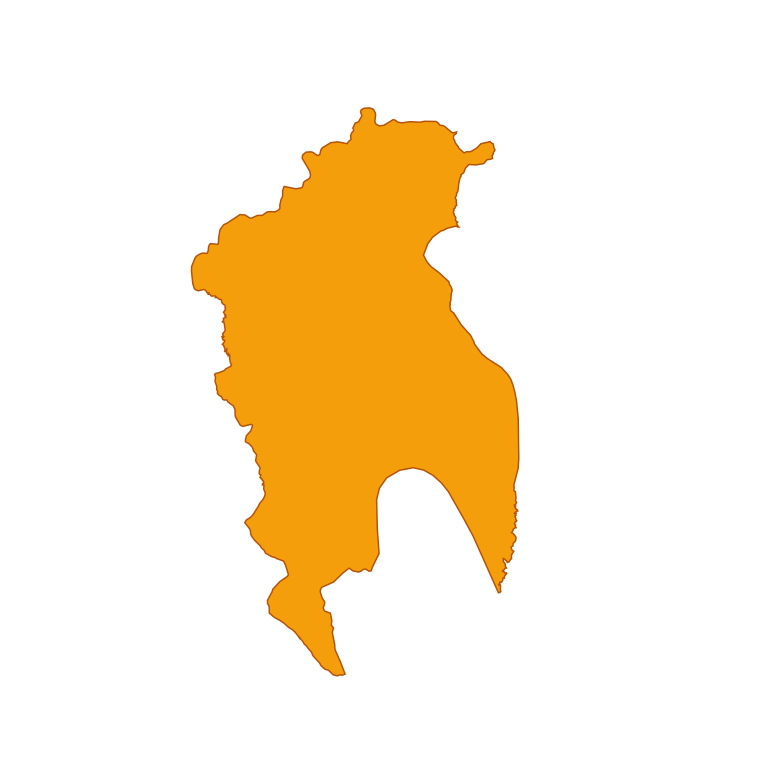 outline of Kasy, Vientiane, Laos, rotated 312°
{"feature_id": "54806243B33776683357165", "entity_name": "Kasy", "entity_type": "district", "adm_level": 2, "iso_a3": "LAO", "parent_name": "Laos", "parent_adm1": "Vientiane", "projection": "mercator", "projection_center": [102.146, 19.097], "detail": "fine", "context": "isolated", "style": "filled", "palette": "amber", "viewbox_px": 768, "rotation_deg": 312, "n_neighbors": 0, "source": "geoboundaries", "source_scale": "gbopen_adm2", "svg_char_len": 6171}
<svg xmlns="http://www.w3.org/2000/svg" viewBox="0 0 768 768"><g transform="rotate(312 384 384)"><path d="M418.6,534.2L447.9,507.1L460.1,493.8L465.6,486.5L469.8,480.0L472.4,475.0L473.9,469.3L474.8,460.3L472.1,444.0L471.8,436.6L474.2,424.6L475.6,422.3L478.1,415.8L479.5,402.3L483.4,388.2L483.1,384.4L486.3,380.4L487.2,380.3L488.7,378.6L490.8,377.7L495.9,373.7L499.3,371.9L501.0,369.0L502.1,365.4L503.4,363.8L503.5,349.8L502.7,340.1L503.6,333.9L506.2,327.1L517.5,322.7L525.7,321.9L536.0,323.9L537.1,324.9L542.3,326.9L549.4,331.8L550.0,333.7L550.8,334.6L551.1,332.1L552.0,330.3L553.6,330.4L553.3,328.9L553.6,327.3L555.3,326.5L556.0,325.3L556.4,323.2L557.3,322.4L557.4,321.4L558.7,320.2L560.0,319.9L560.6,318.6L562.2,319.1L563.9,318.1L565.4,318.5L567.9,315.5L568.9,315.1L570.0,312.4L573.0,311.5L574.4,310.2L575.5,310.3L577.5,309.4L582.9,305.5L587.7,302.7L590.2,302.1L591.1,301.1L594.3,301.9L598.7,300.1L604.0,300.3L608.4,305.8L614.5,310.6L619.7,310.5L622.0,312.6L624.2,313.7L625.8,311.6L627.7,311.4L629.4,310.3L631.5,310.2L632.5,309.4L632.8,308.1L635.5,304.4L634.8,301.1L635.1,300.6L627.4,295.3L621.3,295.0L615.3,293.2L613.6,292.1L612.7,290.7L611.2,289.6L609.3,288.9L609.3,281.6L610.0,280.5L610.9,275.5L612.5,273.1L612.6,271.6L615.4,269.4L618.3,270.1L619.9,269.3L617.5,267.8L616.3,266.5L616.0,256.8L615.3,254.5L613.8,252.7L614.2,249.6L614.0,247.1L606.4,238.4L602.6,235.5L596.4,227.9L590.0,222.5L587.7,218.8L587.7,216.2L586.6,213.9L576.4,210.9L572.7,208.0L571.8,204.5L572.2,202.9L573.0,201.5L578.1,197.9L579.5,196.4L580.9,192.9L580.8,191.2L579.6,188.7L575.6,184.7L572.7,183.7L571.4,184.0L570.5,184.5L568.5,188.1L561.8,189.7L558.6,188.0L553.3,189.6L552.7,191.1L551.6,192.0L549.2,191.9L546.6,192.8L543.5,195.9L540.8,195.4L538.0,195.8L533.0,187.6L527.8,183.0L518.2,180.1L515.7,180.5L511.8,182.6L510.4,182.5L509.0,181.1L508.7,176.5L507.6,174.3L504.1,170.9L500.5,170.4L498.9,170.7L496.9,172.4L492.5,186.4L490.3,189.4L488.1,190.8L486.3,190.9L481.6,189.4L479.9,189.4L476.5,191.4L474.8,191.5L470.1,188.0L464.0,177.6L459.9,179.3L455.6,183.1L452.1,184.1L446.9,187.1L445.1,189.0L443.0,189.3L439.1,187.9L435.6,183.7L433.2,181.8L428.0,180.8L424.5,177.1L418.4,174.5L417.5,172.9L416.6,167.7L413.7,163.7L398.4,159.7L395.2,158.3L388.9,158.9L382.6,162.9L377.3,167.1L376.6,167.1L372.3,161.2L371.1,161.0L368.8,161.7L365.4,164.2L363.1,165.1L362.3,164.7L360.0,161.7L357.6,160.3L353.3,159.0L351.1,159.3L342.7,162.4L339.1,165.4L330.6,174.8L328.0,179.2L327.9,180.8L329.0,183.6L333.6,186.8L334.1,187.8L334.0,190.6L333.4,191.3L334.5,192.8L333.1,193.0L333.2,193.7L334.2,194.8L333.8,196.8L336.7,199.9L336.6,200.4L335.4,200.8L336.6,202.2L336.7,204.9L337.8,206.6L335.9,209.2L335.7,211.5L336.1,212.8L335.4,214.2L334.6,214.5L333.6,216.1L329.9,216.8L329.1,219.1L329.2,220.0L328.5,220.1L328.7,220.9L327.6,220.9L327.5,221.8L325.3,220.7L323.9,222.3L322.2,222.2L322.1,223.1L322.7,223.9L318.0,229.8L315.5,230.5L313.5,230.4L312.2,232.3L311.1,231.9L311.2,232.5L310.5,232.7L311.3,233.4L310.0,233.3L309.0,234.7L309.8,236.4L308.3,237.2L305.3,237.3L305.4,238.8L303.9,241.8L303.2,243.0L301.5,243.8L301.7,244.2L303.7,243.6L304.7,243.8L301.3,246.5L301.3,247.7L302.2,247.8L300.9,249.1L302.2,249.2L302.3,249.8L301.3,250.3L301.5,250.9L299.8,252.0L297.1,255.5L296.3,257.8L294.3,258.2L289.5,256.3L286.9,256.2L281.8,253.7L279.5,252.0L277.9,251.6L276.2,254.3L272.9,256.7L270.3,261.3L267.9,263.4L267.1,265.4L265.6,266.4L265.2,268.3L265.8,271.7L264.7,274.5L265.1,275.8L266.9,277.9L266.2,280.3L266.9,286.6L265.4,290.3L260.8,294.7L259.8,296.6L257.2,304.9L258.2,307.6L264.9,312.1L265.5,313.5L265.2,314.1L260.3,316.3L253.3,316.4L248.7,319.2L248.4,320.0L249.3,323.7L248.9,328.5L246.8,332.3L246.2,336.7L241.6,339.6L240.7,340.7L239.0,347.4L238.1,348.6L236.4,349.2L234.2,350.9L233.7,351.9L234.0,353.3L231.5,354.5L231.8,355.2L231.3,356.2L231.9,357.0L230.9,358.3L231.2,359.1L230.3,360.7L229.1,361.1L228.7,360.4L227.6,361.2L228.6,362.2L228.2,362.8L225.5,364.8L223.5,368.8L220.8,370.4L217.4,371.3L211.7,371.6L208.2,372.6L199.0,374.1L195.9,374.1L190.8,372.7L187.8,373.4L186.5,381.0L185.7,382.7L182.9,385.9L182.1,388.4L181.3,392.5L180.9,400.5L180.2,402.4L180.2,406.2L179.0,409.1L180.4,415.7L182.2,419.4L182.5,421.2L185.2,427.8L183.5,432.1L178.3,440.6L176.3,440.9L167.4,438.8L157.1,438.7L154.8,439.8L145.2,442.2L143.0,444.3L141.8,447.6L137.0,452.1L137.2,458.7L138.7,464.9L139.4,470.6L139.3,475.9L140.1,480.2L140.1,483.9L139.0,490.3L139.3,490.9L138.7,490.9L138.4,491.7L138.7,492.6L138.4,496.0L137.4,498.6L137.5,501.2L136.7,504.8L136.3,509.3L134.5,513.2L133.5,523.0L132.5,525.7L132.5,530.9L134.1,534.1L133.9,540.9L136.0,544.7L138.0,545.5L139.8,547.9L142.4,549.2L147.8,538.7L153.9,525.2L157.2,521.9L164.8,511.8L169.0,509.6L169.5,506.2L173.2,503.6L177.8,497.5L175.5,491.9L176.3,489.8L177.2,488.4L180.8,487.1L182.5,485.5L183.6,481.2L186.4,476.4L187.9,474.7L191.2,473.7L203.0,479.0L216.9,480.0L223.8,481.3L224.4,486.1L227.3,491.0L230.0,492.3L232.2,492.5L234.1,494.0L234.9,498.1L236.6,499.5L239.7,498.1L254.8,493.7L271.7,476.1L293.1,455.9L303.5,450.3L316.1,448.8L330.4,453.4L341.3,461.7L346.6,471.1L348.9,481.5L348.9,492.8L347.2,503.5L337.3,533.3L330.6,552.0L305.4,608.8L307.1,609.7L308.2,609.5L308.8,608.3L312.3,605.4L312.7,604.4L311.5,604.0L311.8,603.5L313.3,603.5L314.2,602.6L315.1,603.9L317.7,603.6L319.1,602.2L320.3,603.4L321.6,602.2L325.3,602.0L325.6,601.4L324.4,600.5L324.9,599.4L324.0,597.5L325.0,597.0L325.8,597.6L327.8,597.3L329.2,598.1L329.5,596.5L331.1,594.8L331.8,593.3L331.9,591.5L334.1,589.5L334.7,591.1L334.3,592.4L334.6,593.3L333.9,595.1L335.8,595.9L338.2,595.4L339.5,595.7L342.3,593.1L346.6,592.3L346.1,590.7L347.3,588.2L348.1,587.6L349.9,588.2L351.8,586.7L354.9,586.8L356.6,586.1L358.3,584.7L358.9,583.1L359.3,580.1L358.9,578.3L361.1,578.1L362.7,577.2L364.7,577.6L365.6,578.3L366.6,576.1L367.3,576.0L367.6,574.3L369.9,573.8L370.2,574.3L371.3,574.1L371.6,572.4L372.4,571.8L373.3,569.8L374.7,570.0L375.0,569.6L375.1,567.3L375.8,567.3L376.1,568.8L376.6,568.8L376.4,567.5L377.9,567.5L379.1,568.4L379.6,567.6L379.6,564.4L381.1,563.7L380.5,563.3L381.2,561.9L382.5,562.5L384.7,561.8L385.2,559.9L387.6,558.4L391.9,553.7L391.6,551.9L394.5,549.7L395.8,548.1L411.1,540.1L418.6,534.2Z" fill="#f59e0b" stroke="#b45309" stroke-width="1.5"/></g></svg>